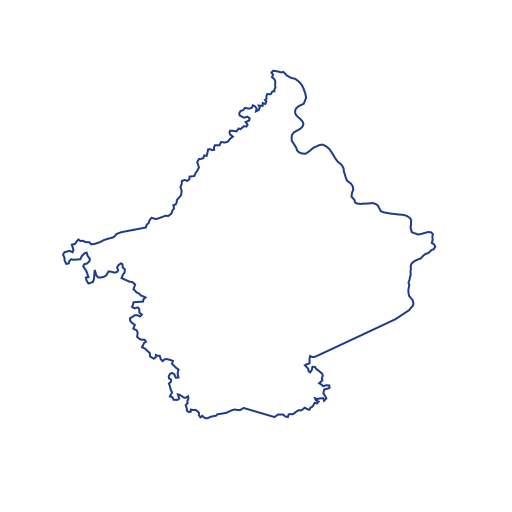 Coronel Domingos Soares, Paraná, Brazil, rotated 37°
{"feature_id": "56859067B31393521005465", "entity_name": "Coronel Domingos Soares", "entity_type": "district", "adm_level": 2, "iso_a3": "BRA", "parent_name": "Brazil", "parent_adm1": "Paraná", "projection": "mercator", "projection_center": [-51.965, -26.173], "detail": "fine", "context": "isolated", "style": "outline", "palette": "blue", "viewbox_px": 512, "rotation_deg": 37, "n_neighbors": 0, "source": "geoboundaries", "source_scale": "gbopen_adm2", "svg_char_len": 5864}
<svg xmlns="http://www.w3.org/2000/svg" viewBox="0 0 512 512"><g transform="rotate(37 256 256)"><path d="M384.1,132.1L381.7,131.7L379.6,132.8L378.3,134.2L374.3,139.4L372.4,141.4L370.3,141.9L367.9,142.8L365.8,143.1L364.1,141.7L362.0,139.9L361.2,138.0L359.7,136.1L358.2,133.8L355.9,133.0L351.9,133.3L348.4,134.8L344.3,137.4L336.5,141.9L331.8,144.2L328.7,145.1L325.3,143.5L323.2,142.4L320.5,142.4L317.6,143.3L312.1,148.2L310.0,149.7L308.6,151.2L304.9,153.4L302.9,153.6L300.9,152.0L296.5,151.1L294.7,147.9L293.7,144.4L291.2,142.1L288.5,141.1L286.0,141.1L283.2,141.0L280.8,139.6L278.7,138.0L277.1,136.8L275.3,135.6L273.3,133.4L270.8,132.2L268.9,131.7L264.2,131.4L262.2,130.8L259.1,129.8L256.8,128.7L250.5,126.5L247.4,126.2L244.6,126.4L242.1,127.0L239.9,129.2L236.7,135.1L235.5,140.4L234.0,144.6L231.1,146.4L228.2,147.3L225.5,147.0L222.9,145.3L217.8,143.3L215.5,142.6L213.5,140.6L211.9,137.7L211.8,134.6L212.9,132.1L214.8,127.7L215.2,125.7L215.1,123.6L214.2,121.8L212.4,120.7L209.5,120.0L205.9,119.7L203.2,119.3L201.3,118.3L199.7,116.2L199.2,114.0L199.9,110.7L202.5,105.6L200.8,99.5L198.0,96.9L193.4,93.8L190.2,92.1L186.7,91.1L184.4,90.9L180.9,90.9L176.7,92.6L172.1,93.3L167.1,92.5L165.6,94.2L162.6,95.4L158.3,97.6L157.9,100.2L160.5,100.9L161.3,103.7L163.3,103.6L165.7,104.3L167.1,106.1L168.4,108.0L170.1,109.7L170.4,111.9L171.6,113.4L170.1,114.7L170.3,118.0L167.5,120.0L168.2,122.2L169.7,124.1L169.3,126.0L171.3,126.3L171.9,129.0L169.4,129.8L170.9,132.1L167.7,134.2L169.6,135.1L170.3,137.8L168.9,140.5L167.7,137.8L165.1,137.1L162.8,137.6L163.5,140.0L161.9,142.4L159.6,143.6L158.0,144.4L158.0,147.0L156.4,149.6L156.7,152.2L158.4,153.6L163.1,152.8L165.3,149.9L168.1,149.9L169.0,152.0L167.1,155.2L170.3,156.3L170.5,158.4L168.2,159.6L167.7,162.0L167.3,164.0L165.4,164.6L165.4,168.2L162.6,169.7L159.9,171.5L160.6,173.5L162.2,174.5L165.7,174.6L164.9,177.0L164.7,179.2L164.7,181.6L162.9,184.1L159.5,186.0L160.2,189.6L156.5,192.3L157.1,194.6L158.7,196.4L157.3,197.8L154.9,198.4L153.6,199.7L155.0,202.5L156.3,205.9L154.1,206.8L155.0,209.6L153.8,211.4L152.1,212.8L152.5,216.4L154.9,218.0L157.2,219.7L157.8,223.6L157.8,226.0L158.6,229.1L157.3,230.6L155.1,232.6L156.6,234.7L155.9,237.4L153.4,238.1L151.6,240.6L153.3,243.2L154.2,246.4L157.4,248.7L158.7,250.9L159.6,252.7L159.4,255.5L159.1,259.1L160.4,260.7L160.8,263.3L159.4,265.2L161.8,267.1L162.0,270.4L162.9,273.4L161.8,276.9L159.5,278.3L157.5,281.5L154.8,285.6L153.4,287.0L149.6,288.3L149.4,291.5L150.4,294.3L149.9,297.0L150.9,299.5L134.2,317.9L131.3,322.4L131.3,325.0L130.6,327.4L129.0,329.2L126.7,332.3L124.7,335.2L123.6,337.8L121.8,340.7L120.0,343.3L117.4,345.8L114.5,345.4L111.4,347.6L108.7,347.9L106.7,349.8L104.2,349.7L104.0,352.3L104.2,355.2L102.1,357.8L104.7,359.6L106.4,360.8L107.2,363.4L104.2,364.0L100.8,368.1L101.0,371.0L103.9,372.5L105.9,374.8L109.2,376.5L110.9,374.6L109.9,372.1L110.4,369.8L112.6,368.8L117.7,364.3L116.9,360.7L117.4,357.2L118.7,355.2L121.4,357.2L125.1,358.3L126.1,360.3L125.6,363.6L123.7,366.1L124.3,368.3L129.2,369.9L134.9,373.7L133.1,375.6L135.3,377.5L138.7,378.8L140.1,376.9L141.4,374.8L140.3,371.7L135.6,364.2L140.4,367.7L142.6,368.1L144.7,366.9L147.0,364.2L148.1,361.5L147.5,357.0L150.9,355.2L152.7,354.7L154.6,352.5L154.6,350.4L152.0,348.8L151.6,346.5L152.5,343.2L154.4,343.0L156.6,345.5L159.2,345.5L160.9,348.1L161.1,351.6L161.9,354.6L170.5,352.6L173.2,351.2L176.6,351.5L178.2,356.3L180.1,356.4L182.3,357.0L184.8,356.4L188.1,356.8L190.6,356.0L192.7,355.6L192.2,358.1L193.2,360.4L188.0,364.9L186.1,366.5L187.1,369.1L187.6,371.3L190.5,370.9L192.5,368.2L194.5,368.5L197.1,371.5L200.1,371.5L199.7,374.1L196.9,374.7L194.9,376.1L194.1,378.6L192.8,381.6L194.4,383.4L196.5,384.0L200.7,384.0L201.8,387.9L205.4,387.2L207.6,388.4L209.8,392.2L211.7,392.2L214.0,392.3L217.5,389.9L219.7,390.6L218.9,392.7L219.5,395.2L219.8,397.4L223.5,396.7L225.6,397.1L229.5,397.4L231.9,400.0L236.2,399.5L236.9,397.3L235.6,395.3L237.4,394.9L239.2,393.7L242.0,395.7L244.6,396.2L245.3,393.3L247.0,391.9L249.8,390.7L252.7,389.8L253.8,392.6L259.4,393.4L262.5,393.3L263.5,395.8L264.7,397.7L267.2,399.7L265.2,401.5L261.8,399.6L259.4,399.9L258.3,401.7L258.7,404.6L260.2,406.1L262.4,405.8L263.8,407.5L263.2,410.3L265.0,411.4L268.4,414.1L271.1,415.5L271.7,419.9L274.2,419.1L276.7,420.4L279.9,418.2L280.5,416.1L278.7,414.8L276.9,413.6L279.0,412.7L283.5,412.5L285.3,411.5L286.1,408.9L287.8,410.4L288.5,413.3L290.0,414.8L289.6,417.4L292.7,419.6L293.8,421.1L295.9,421.1L297.6,419.8L296.4,417.9L298.7,416.7L300.4,415.2L304.6,415.4L306.3,417.5L308.7,418.3L309.3,415.9L311.2,416.3L313.4,415.9L315.1,414.5L316.4,411.9L318.4,409.5L320.2,407.6L320.5,405.5L322.5,403.6L326.6,399.2L329.8,393.3L331.2,391.6L333.5,390.3L336.0,388.7L337.6,384.8L367.7,373.5L368.9,369.5L372.9,366.4L376.2,366.5L378.4,365.4L377.4,362.9L378.8,361.4L380.6,360.3L381.9,355.9L383.0,353.3L384.8,352.4L385.6,350.6L386.2,347.8L388.9,347.5L391.1,346.7L390.8,344.4L391.8,342.1L391.3,338.0L393.5,337.0L393.6,334.6L390.9,335.3L388.7,334.1L391.1,333.2L393.6,330.4L395.3,329.2L397.5,330.7L397.9,327.4L392.3,324.9L390.8,321.5L393.1,318.7L394.1,317.0L392.4,315.3L389.6,317.2L388.0,319.6L385.7,319.3L383.0,319.6L383.9,315.4L382.1,313.8L381.4,311.4L379.8,310.2L375.3,309.9L371.8,309.9L369.8,309.1L367.8,310.6L369.1,313.3L369.3,316.3L367.5,316.5L365.6,314.6L360.8,313.8L361.9,311.6L363.4,309.5L360.8,306.2L359.4,303.4L361.9,302.8L363.8,300.9L365.3,298.2L372.4,284.9L373.7,282.4L402.0,229.0L402.9,227.2L405.3,222.8L410.9,207.0L410.9,204.9L411.2,202.0L410.6,199.5L409.2,198.2L407.6,197.0L404.9,196.3L402.4,195.8L400.2,193.9L398.2,191.6L395.7,186.7L393.8,185.5L393.1,183.0L392.0,180.8L390.9,178.0L388.8,175.5L387.5,173.1L385.7,171.1L384.8,168.5L385.3,165.5L387.0,162.0L389.1,158.6L389.3,155.6L390.0,152.6L391.6,150.3L392.2,148.4L392.5,145.8L393.8,143.8L393.6,140.7L390.9,139.5L388.5,139.8L387.5,137.0L385.3,134.5L384.1,132.1Z" fill="none" stroke="#1e3a8a" stroke-width="2"/></g></svg>